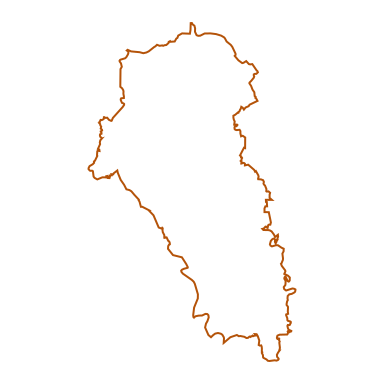 Tlacotalpan, Veracruz, Mexico (Robinson projection)
{"feature_id": "50627088B74456725594812", "entity_name": "Tlacotalpan", "entity_type": "district", "adm_level": 2, "iso_a3": "MEX", "parent_name": "Mexico", "parent_adm1": "Veracruz", "projection": "robinson", "projection_center": [-95.611, 18.521], "detail": "fine", "context": "isolated", "style": "outline", "palette": "amber", "viewbox_px": 384, "rotation_deg": 0, "n_neighbors": 0, "source": "geoboundaries", "source_scale": "gbopen_adm2", "svg_char_len": 6004}
<svg xmlns="http://www.w3.org/2000/svg" viewBox="0 0 384 384"><path d="M126.4,189.3L129.5,190.1L131.4,191.3L134.5,195.0L138.8,199.6L138.6,200.1L139.5,201.6L140.9,206.8L142.3,206.8L149.1,210.3L148.8,210.4L153.5,215.3L158.7,227.5L161.6,228.6L162.2,227.8L162.7,228.3L162.5,230.2L162.8,232.2L164.3,235.1L164.3,237.8L164.9,237.9L165.5,237.3L166.6,237.4L168.2,240.8L169.2,241.5L169.7,242.8L169.9,244.2L169.5,244.6L169.0,244.7L168.2,246.1L168.0,248.8L173.0,255.1L181.9,257.3L186.2,264.0L187.8,267.2L187.6,267.8L183.9,268.8L182.0,269.7L181.2,270.6L181.4,271.8L182.8,273.6L191.8,279.9L193.7,281.7L194.8,283.8L197.9,294.3L197.8,298.5L194.1,307.6L193.2,315.1L193.4,317.0L193.9,317.5L194.0,317.3L195.8,316.2L198.8,315.6L202.1,315.5L205.4,313.9L207.1,314.0L207.8,314.5L208.4,315.3L208.7,317.4L207.4,321.2L206.0,323.6L205.1,327.5L208.4,335.0L211.0,337.2L213.3,335.0L215.2,333.6L218.0,333.0L220.8,333.7L222.3,334.7L223.7,337.1L224.0,338.2L223.7,342.9L230.4,337.2L236.9,335.0L238.8,336.2L240.3,336.0L244.4,336.8L246.4,338.0L247.9,337.9L249.5,336.6L250.3,336.5L250.6,336.9L252.6,335.6L253.0,336.2L253.5,336.1L254.7,335.5L255.5,335.5L255.4,334.8L254.9,334.1L256.6,334.2L257.8,336.2L259.3,340.6L258.7,345.0L259.8,345.6L261.2,345.4L261.7,346.7L261.9,348.8L261.8,351.3L262.3,352.2L261.8,352.9L262.9,355.0L263.1,357.3L263.4,357.8L266.6,359.5L267.7,360.7L269.4,361.0L274.5,360.3L276.6,360.6L278.0,360.0L278.6,359.3L278.6,358.6L277.1,356.8L276.9,354.8L278.1,352.5L279.5,350.6L279.2,350.6L279.8,348.6L279.9,347.5L279.3,342.7L279.7,341.5L279.1,340.4L279.2,338.6L278.8,338.4L277.6,339.0L277.2,338.7L276.9,337.9L277.2,336.2L277.5,335.6L279.6,334.7L287.2,334.5L287.7,333.8L288.1,332.2L287.7,331.5L288.0,331.1L289.1,332.3L289.6,332.2L290.0,331.6L291.2,331.4L291.3,330.9L288.8,329.8L288.0,328.5L287.4,325.9L287.8,325.0L289.2,325.1L290.0,324.7L290.5,322.9L290.8,322.8L290.8,321.9L290.4,321.5L287.9,320.8L287.4,320.2L287.3,318.2L286.1,315.1L286.2,314.4L288.1,313.8L287.8,311.6L288.0,307.6L287.9,306.6L286.6,305.0L286.6,303.9L287.1,301.4L287.8,300.1L287.5,298.4L287.7,296.0L289.3,294.3L291.7,293.9L294.3,292.5L295.1,291.7L295.5,289.8L295.4,289.4L293.9,288.7L292.4,288.5L286.1,290.5L284.3,289.2L283.8,287.6L283.8,287.0L285.3,285.1L285.5,283.8L285.6,280.8L284.5,279.1L284.3,278.2L284.6,277.3L285.1,276.6L285.6,276.7L287.6,281.0L288.5,281.6L289.1,281.4L289.7,280.4L289.8,277.5L288.0,275.7L284.3,273.9L285.4,271.4L285.2,270.4L281.8,265.9L281.0,263.8L281.4,263.5L282.9,259.9L283.0,258.4L282.4,253.6L283.6,251.3L283.7,248.7L281.5,247.7L278.0,245.3L276.0,245.2L271.9,246.4L270.5,245.6L269.9,244.3L270.8,241.0L272.0,239.5L273.4,238.6L274.2,238.7L275.2,239.6L274.9,241.3L275.1,242.5L275.7,243.3L276.5,241.7L276.5,241.0L277.0,240.5L277.0,239.8L277.6,239.5L277.4,238.7L278.1,236.6L277.9,234.8L275.1,237.0L273.9,234.5L271.6,231.4L269.8,230.4L268.4,230.1L263.4,230.0L262.4,228.9L263.7,228.6L265.5,226.6L266.2,226.7L266.5,227.4L267.6,227.9L268.2,225.2L268.9,224.7L270.3,224.7L270.9,222.5L268.8,212.2L264.5,212.1L264.5,208.4L265.4,206.3L267.1,206.3L266.8,202.0L266.0,201.9L265.9,199.8L271.9,199.9L269.6,197.9L269.6,194.7L270.1,192.8L268.5,191.4L266.8,191.6L266.3,191.3L266.4,189.0L265.0,185.5L264.0,184.6L263.5,183.6L263.9,181.9L263.1,180.2L261.0,179.4L258.2,179.2L258.1,178.4L258.6,176.9L258.3,175.3L255.9,171.1L255.1,171.7L254.2,169.9L248.2,164.7L244.9,165.4L244.9,163.7L244.2,163.1L242.8,162.8L241.8,163.5L241.3,163.5L241.5,161.8L240.7,161.0L241.5,160.3L241.5,159.0L242.1,158.0L241.8,157.4L241.0,157.2L240.8,156.0L240.0,155.5L244.0,147.7L245.1,148.1L245.2,137.5L242.9,135.9L242.2,135.8L241.1,136.3L240.4,133.4L240.4,131.1L239.6,129.8L236.6,130.1L235.4,129.8L234.6,129.0L234.5,127.2L234.8,126.8L235.0,126.4L236.5,126.2L237.4,125.0L237.0,124.6L234.2,124.6L234.7,121.5L233.8,119.6L233.4,117.7L233.4,115.7L235.3,114.7L237.9,112.5L238.5,113.6L238.2,112.3L239.5,111.3L240.0,109.8L240.8,108.6L241.3,106.8L242.7,107.7L243.9,109.6L245.6,107.5L248.6,106.2L249.6,104.7L257.5,100.9L256.1,98.3L255.4,97.9L255.6,96.8L254.7,96.1L254.3,92.2L252.5,89.6L251.1,85.9L249.4,83.4L249.5,82.6L251.2,80.9L253.8,77.7L254.2,76.4L253.8,75.8L253.8,74.4L254.7,73.9L256.4,73.8L257.9,72.3L257.4,71.1L256.6,70.4L252.3,64.1L250.2,64.4L248.9,64.1L246.2,61.1L243.5,62.8L242.2,63.1L238.4,60.3L234.7,55.9L235.6,54.9L235.5,53.6L232.3,46.9L230.8,44.9L226.6,41.5L224.9,38.3L224.0,37.3L221.1,35.6L216.1,34.1L210.5,33.4L204.6,33.5L200.2,35.7L198.2,35.8L196.6,35.2L195.0,31.8L195.1,28.3L194.4,25.7L192.5,24.3L192.1,23.2L191.4,23.0L190.7,23.1L190.5,30.0L189.9,33.7L182.1,33.4L178.2,35.6L177.4,37.9L176.3,38.6L174.7,41.5L170.2,41.8L170.0,41.2L168.7,41.9L168.5,43.0L166.3,45.0L164.6,45.2L163.1,45.8L162.3,45.4L159.6,45.8L157.0,44.8L155.3,46.4L154.2,47.0L148.8,51.3L146.4,52.5L143.3,53.2L139.6,52.2L131.1,51.4L127.6,49.8L126.8,50.5L128.3,51.6L128.4,52.9L127.9,54.5L126.3,57.2L125.1,58.3L120.7,59.6L120.1,59.9L119.5,60.9L119.8,61.7L121.0,63.4L121.8,66.8L120.5,69.1L120.3,86.8L122.1,88.3L123.2,90.1L123.5,91.3L123.4,93.8L123.9,96.3L123.9,98.0L121.2,98.3L120.7,99.2L120.8,100.2L122.0,102.9L123.5,103.4L124.1,103.9L124.1,104.9L122.7,107.0L112.9,117.9L111.7,120.7L111.2,120.9L108.9,119.8L107.2,117.7L105.6,117.9L104.8,117.7L104.5,117.2L103.9,117.2L103.8,118.8L103.3,119.3L101.7,120.1L100.6,119.9L100.4,120.2L99.9,121.5L99.5,121.9L99.7,122.6L99.1,122.9L100.2,124.2L100.3,125.2L101.2,126.7L100.7,128.6L101.9,129.6L102.1,130.5L100.7,131.4L100.8,131.9L101.4,132.5L101.5,133.7L100.1,134.3L99.9,135.1L100.2,136.7L101.6,137.9L101.4,138.8L101.7,138.7L100.3,140.3L99.8,142.5L100.1,144.1L97.9,149.0L99.3,149.6L99.5,151.0L97.9,150.7L97.3,151.2L97.0,155.4L97.3,155.9L94.9,160.8L94.3,161.1L93.9,161.8L94.1,162.8L92.8,164.2L89.6,166.1L88.7,167.8L88.5,169.0L89.7,170.5L90.4,170.8L92.1,170.7L92.9,171.2L93.6,176.6L94.6,177.9L97.3,179.4L102.4,177.3L106.1,177.4L106.2,176.2L107.2,176.0L107.2,176.8L108.1,176.7L107.9,178.0L109.5,178.1L110.0,176.4L109.8,175.5L111.7,175.3L111.4,174.2L113.3,174.3L113.7,173.3L117.3,170.5L117.8,172.8L120.7,179.9L124.1,184.8L126.4,189.3Z" fill="none" stroke="#b45309" stroke-width="2"/></svg>